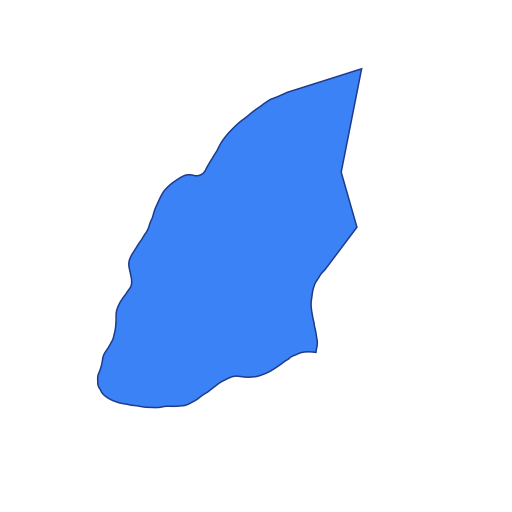 outline of Sanagasta, La Rioja, Argentina, rotated 46°
{"feature_id": "61730980B91158656720381", "entity_name": "Sanagasta", "entity_type": "district", "adm_level": 2, "iso_a3": "ARG", "parent_name": "Argentina", "parent_adm1": "La Rioja", "projection": "orthographic", "projection_center": [-67.067, -29.141], "detail": "fine", "context": "isolated", "style": "filled", "palette": "blue", "viewbox_px": 512, "rotation_deg": 46, "n_neighbors": 0, "source": "geoboundaries", "source_scale": "gbopen_adm2", "svg_char_len": 3047}
<svg xmlns="http://www.w3.org/2000/svg" viewBox="0 0 512 512"><g transform="rotate(46 256 256)"><path d="M367.0,279.8L365.1,277.5L363.5,275.0L361.6,272.7L359.3,270.7L356.8,269.0L354.4,267.3L351.9,265.6L349.4,264.0L346.8,262.5L344.4,260.7L341.8,259.2L339.3,257.6L336.8,255.9L334.3,254.2L331.9,252.4L329.6,250.5L327.5,248.4L325.6,246.0L323.8,243.7L321.9,241.3L320.1,238.9L318.6,236.3L317.2,233.7L316.2,230.8L315.6,227.9L314.9,225.0L314.1,222.1L313.9,219.1L313.8,216.1L305.4,163.4L254.9,136.5L194.7,50.0L192.9,53.5L174.6,90.4L160.0,119.7L159.0,122.6L158.0,125.4L157.0,128.2L155.9,131.0L154.7,133.8L153.5,136.5L152.8,139.4L152.3,142.4L151.8,145.4L151.5,148.4L151.0,151.3L150.5,154.3L150.1,157.3L149.8,160.3L149.6,163.3L149.4,166.3L149.0,169.2L148.6,172.2L148.3,175.2L148.2,178.2L148.2,181.2L148.2,184.2L148.3,187.2L148.4,190.2L148.7,193.2L149.1,196.2L149.6,199.2L150.2,202.1L151.1,205.0L152.0,207.8L153.1,210.7L153.8,213.6L154.5,216.5L155.3,219.4L156.0,222.3L156.8,225.2L157.6,228.1L158.5,231.0L159.5,233.8L159.8,236.8L159.1,239.7L157.7,242.4L155.5,244.4L152.9,246.0L150.7,248.0L148.9,250.4L147.8,253.2L147.0,256.1L146.4,259.0L145.9,262.0L145.4,265.0L145.1,268.0L145.0,271.0L145.1,274.0L145.3,277.0L146.0,279.9L146.9,282.8L147.9,285.6L149.0,288.4L150.1,291.2L151.2,294.0L152.4,296.7L153.8,299.4L155.4,302.0L156.8,304.6L157.8,307.4L159.1,310.2L160.6,312.8L161.8,315.5L162.7,318.3L163.2,321.3L164.0,324.2L164.8,327.1L165.3,330.1L165.9,333.0L166.7,335.9L167.4,338.8L168.1,341.8L168.8,344.7L169.8,347.5L171.1,350.2L172.9,352.6L175.1,354.6L177.6,356.2L180.2,357.8L182.7,359.4L185.3,361.0L187.6,362.8L189.7,365.0L191.2,367.6L191.8,370.5L192.3,373.5L193.0,376.4L193.4,379.4L194.0,382.3L194.7,385.3L195.6,388.1L196.7,390.9L198.1,393.6L199.8,396.1L201.8,398.2L204.0,400.3L206.1,402.5L208.1,404.7L210.1,407.0L211.9,409.4L213.5,411.9L215.1,414.4L216.6,417.0L217.5,419.9L218.4,422.7L219.2,425.6L219.9,428.6L220.5,431.5L221.4,434.4L222.9,437.0L224.7,439.4L226.9,442.4L229.5,447.0L230.7,449.7L232.0,452.5L233.8,454.7L236.1,456.8L238.3,458.8L240.9,460.2L243.8,460.8L246.7,461.7L249.7,462.0L252.7,461.7L255.6,461.1L258.5,460.2L261.3,459.1L263.9,457.8L266.6,456.4L269.1,454.7L271.5,452.9L273.9,451.2L276.4,449.6L278.7,447.7L281.0,445.7L283.4,444.0L285.9,442.2L288.2,440.4L290.4,438.3L292.5,436.2L294.7,434.1L296.8,431.9L298.6,429.6L300.2,427.0L302.0,424.6L304.1,422.5L306.2,420.4L308.3,418.2L310.2,415.9L312.1,413.6L314.0,411.2L315.3,408.5L316.2,405.7L317.0,402.7L317.8,399.9L318.4,396.9L318.6,393.9L319.0,390.9L319.6,388.0L320.3,385.1L320.6,382.1L320.9,379.1L321.3,376.1L321.6,373.1L322.0,370.1L322.7,367.2L323.6,364.4L324.5,361.5L325.5,358.7L326.9,355.9L328.7,353.6L331.0,351.6L333.3,349.8L335.6,347.9L337.8,345.8L339.8,343.5L341.7,341.2L343.4,338.8L344.8,336.1L346.0,333.4L347.2,330.6L348.2,327.7L349.0,324.9L349.6,321.9L350.2,319.0L350.7,316.0L351.2,313.0L351.5,310.1L352.0,307.1L352.7,304.2L352.8,301.2L353.7,298.3L354.9,295.6L355.9,292.7L357.2,290.0L358.9,287.6L360.9,285.3L363.0,283.2L367.0,279.8Z" fill="#3b82f6" stroke="#1e3a8a" stroke-width="1.5"/></g></svg>